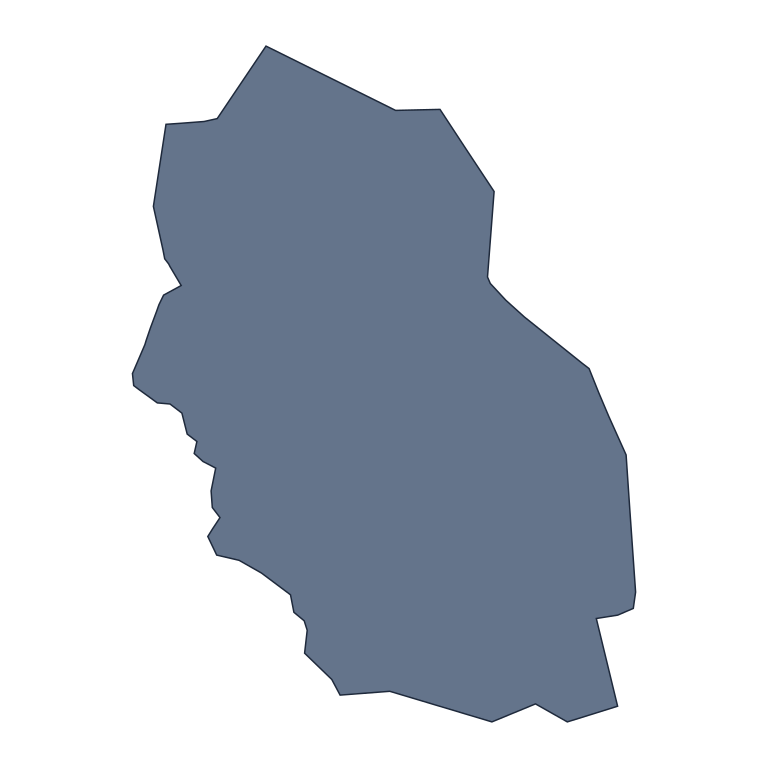 outline of Asari-Toru, Rivers, Nigeria
{"feature_id": "59680162B173222965225", "entity_name": "Asari-Toru", "entity_type": "district", "adm_level": 2, "iso_a3": "NGA", "parent_name": "Nigeria", "parent_adm1": "Rivers", "projection": "albers", "projection_center": [6.83, 4.747], "detail": "fine", "context": "isolated", "style": "filled", "palette": "slate", "viewbox_px": 768, "rotation_deg": 0, "n_neighbors": 0, "source": "geoboundaries", "source_scale": "gbopen_adm2", "svg_char_len": 971}
<svg xmlns="http://www.w3.org/2000/svg" viewBox="0 0 768 768"><path d="M589.1,368.6L582.1,363.2L524.4,317.0L505.8,300.2L490.3,283.5L487.5,277.0L494.1,191.5L466.0,149.0L440.0,109.4L395.6,110.4L266.0,46.1L217.2,118.6L204.1,121.5L180.5,123.3L166.0,124.3L153.4,206.4L163.0,250.0L164.7,258.8L168.7,264.0L170.1,266.8L170.3,267.1L181.2,285.5L163.6,295.1L158.9,304.8L156.8,310.8L150.5,327.7L146.2,340.3L144.9,344.6L132.4,373.7L132.5,374.0L133.7,385.6L138.9,389.5L157.3,402.9L170.0,404.0L181.9,413.1L187.2,434.1L196.9,441.5L194.2,453.5L203.0,461.5L215.7,468.1L211.1,490.9L212.3,507.5L220.0,517.6L212.6,528.8L207.8,536.5L216.7,555.1L239.0,560.3L261.4,573.0L290.5,594.8L293.9,612.3L304.2,620.8L307.2,630.3L304.6,653.2L331.8,679.5L340.1,695.1L389.8,691.3L491.9,721.9L535.5,703.9L567.3,721.9L591.5,714.4L617.6,706.2L596.3,618.5L617.8,615.1L633.3,608.4L635.6,592.1L629.8,509.5L626.1,454.9L608.7,416.2L598.7,392.6L589.1,368.6Z" fill="#64748b" stroke="#1e293b" stroke-width="1.5"/></svg>